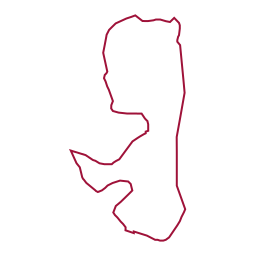 the district of El Mahalla El Kobra 2, Al Gharbiyah, Egypt
{"feature_id": "37247803B13399468350664", "entity_name": "El Mahalla El Kobra 2", "entity_type": "district", "adm_level": 2, "iso_a3": "EGY", "parent_name": "Egypt", "parent_adm1": "Al Gharbiyah", "projection": "albers", "projection_center": [31.148, 30.971], "detail": "fine", "context": "isolated", "style": "outline", "palette": "rose", "viewbox_px": 256, "rotation_deg": 0, "n_neighbors": 0, "source": "geoboundaries", "source_scale": "gbopen_adm2", "svg_char_len": 1481}
<svg xmlns="http://www.w3.org/2000/svg" viewBox="0 0 256 256"><path d="M185.2,209.2L176.8,185.7L176.8,177.6L176.8,152.1L176.7,137.0L179.8,119.9L184.6,92.8L183.6,81.7L180.1,45.1L177.3,41.7L177.3,40.1L177.9,37.7L178.1,36.8L179.0,35.2L179.8,28.6L179.8,25.3L179.0,22.9L174.2,17.9L170.0,22.0L165.9,21.2L160.1,19.5L156.0,19.5L153.5,20.3L147.8,21.1L142.5,21.0L135.3,15.4L131.3,16.9L126.4,18.5L115.7,23.4L111.6,27.4L109.1,29.9L106.6,34.8L106.2,37.2L104.8,44.6L103.2,52.8L107.3,71.6L106.4,73.3L104.8,74.9L104.0,78.2L105.6,81.5L107.2,86.4L108.8,89.7L112.9,101.1L111.3,105.2L111.2,108.5L112.9,111.0L118.6,112.6L126.8,113.5L131.0,113.5L140.0,113.6L141.6,113.6L143.3,116.1L144.9,118.5L146.5,120.2L147.4,121.0L148.2,124.3L148.2,130.8L145.7,131.6L145.7,133.3L144.0,134.1L139.9,136.5L137.4,138.1L132.5,141.4L125.7,150.6L119.3,159.3L116.0,161.0L113.5,162.6L111.8,164.2L104.4,164.2L99.5,163.3L95.4,160.8L92.9,160.0L85.6,155.1L70.8,150.6L76.5,163.2L79.8,167.3L82.2,177.2L83.0,178.8L83.8,179.6L86.3,182.9L95.3,190.3L96.1,191.1L97.8,192.0L101.9,190.4L105.2,187.9L107.6,185.5L112.6,183.0L120.0,180.6L128.2,181.5L130.7,184.0L132.3,190.5L128.2,194.6L120.7,201.9L115.8,206.0L115.2,207.6L113.3,212.5L114.9,215.0L117.4,217.5L120.7,221.6L123.1,224.0L125.6,227.3L125.5,230.3L133.8,233.1L133.8,231.5L146.9,235.6L155.1,239.8L157.6,239.8L160.0,240.6L163.3,240.6L165.8,239.8L169.1,237.4L170.0,236.1L177.4,225.2L179.9,221.1L181.5,217.0L184.0,212.1L185.2,209.2Z" fill="none" stroke="#9f1239" stroke-width="2"/></svg>